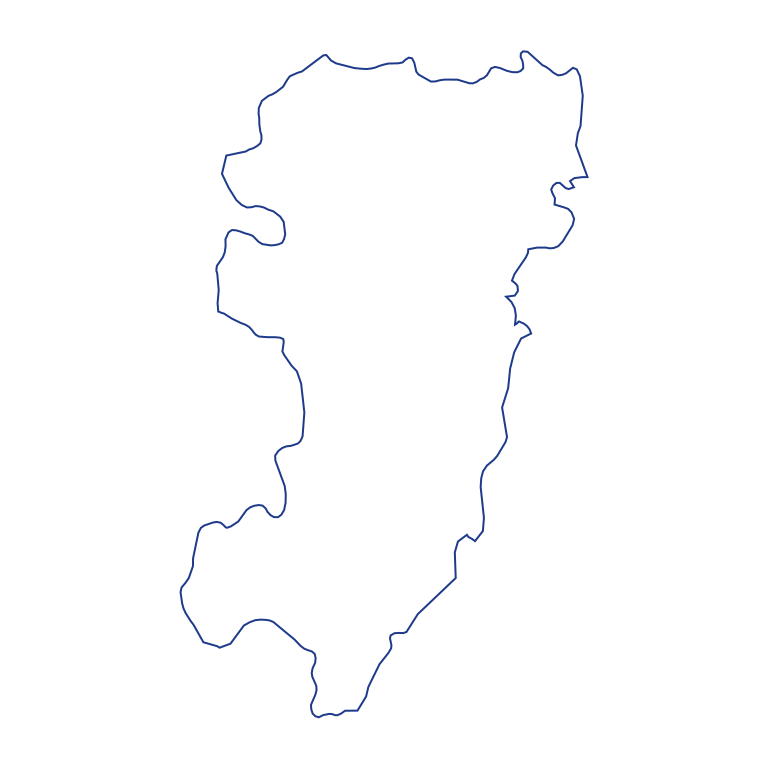 an SVG outline of La Rioja, rotated 88°
{"feature_id": "ESP-5828", "entity_name": "La Rioja", "entity_type": "Autonomous Community", "adm_level": 1, "iso_a3": "ESP", "parent_name": "Spain", "parent_adm1": "", "projection": "natural_earth1", "projection_center": [-2.502, 42.281], "detail": "fine", "context": "isolated", "style": "outline", "palette": "blue", "viewbox_px": 768, "rotation_deg": 88, "n_neighbors": 0, "source": "natural_earth", "source_scale": "10m", "svg_char_len": 3869}
<svg xmlns="http://www.w3.org/2000/svg" viewBox="0 0 768 768"><g transform="rotate(88 384 384)"><path d="M382.6,258.7L392.6,260.1L411.6,266.8L441.4,262.9L446.3,264.6L459.7,273.3L463.6,276.9L469.1,284.0L474.8,288.1L481.5,290.1L490.4,291.0L521.3,288.8L534.4,290.3L544.2,298.5L541.9,301.4L539.8,305.0L537.6,306.4L544.0,315.6L554.7,319.1L580.4,319.1L615.2,358.3L632.6,370.2L633.6,373.4L633.3,377.7L633.4,382.2L635.5,386.1L638.3,386.9L645.4,385.7L648.4,386.1L652.7,388.8L663.9,398.3L686.2,410.2L695.7,412.8L709.5,421.9L709.2,434.3L712.0,438.6L713.4,442.3L713.2,444.6L712.7,445.9L712.0,447.6L711.8,450.4L712.8,456.4L714.8,460.7L713.7,464.1L710.9,466.8L706.8,468.0L702.2,468.2L692.2,463.5L687.7,462.1L683.3,462.2L674.0,465.9L670.1,466.3L665.7,465.3L660.1,462.5L655.4,461.9L651.3,462.7L648.7,465.5L647.4,469.2L645.7,473.0L642.9,476.4L636.2,482.4L617.9,503.0L616.2,506.9L615.5,511.2L615.2,515.6L615.5,520.7L617.4,526.5L620.5,532.5L638.2,546.5L641.8,557.6L640.2,559.9L635.8,573.5L617.9,582.8L614.1,585.5L605.9,590.3L601.3,592.2L596.1,593.4L585.0,594.6L580.3,593.4L575.6,589.2L571.0,585.8L559.4,581.3L551.6,580.9L526.2,574.7L521.5,572.1L519.1,568.5L516.5,559.9L516.0,556.0L516.9,552.2L519.1,549.6L520.9,547.9L521.8,547.2L522.1,546.4L522.0,545.0L520.9,541.9L516.3,534.4L505.2,525.8L502.6,522.1L501.1,517.7L500.6,513.4L501.3,509.6L504.1,506.7L507.7,504.9L511.1,502.0L513.2,498.6L513.4,494.5L511.0,491.1L506.4,488.2L499.2,486.5L490.8,486.0L482.5,486.8L456.8,495.2L451.8,495.3L447.3,492.0L444.4,488.0L442.9,483.7L442.6,479.5L441.5,475.4L440.3,471.8L437.8,469.3L433.4,467.2L409.7,464.6L380.7,466.8L368.3,470.6L362.5,475.7L352.0,482.5L347.9,484.4L338.3,482.7L335.6,483.1L334.1,486.2L333.5,490.3L333.1,499.3L332.2,507.3L330.3,510.4L327.9,512.4L325.4,514.1L322.4,516.7L320.0,520.2L318.1,524.8L313.2,534.0L308.1,541.3L307.0,544.4L306.1,546.2L305.8,547.1L297.5,547.5L284.3,545.9L267.6,546.8L265.4,547.5L263.7,547.5L260.1,546.9L251.5,540.5L246.6,538.5L240.8,537.5L233.8,537.4L227.1,534.1L224.8,530.5L225.3,526.3L226.7,522.0L228.5,517.8L229.8,513.6L231.4,510.0L237.5,504.4L239.9,500.8L241.5,492.6L241.4,488.4L240.7,484.4L239.3,480.9L235.6,478.8L230.9,477.5L218.5,478.6L213.1,481.9L207.6,488.5L205.8,493.4L203.4,497.9L202.2,502.0L201.7,506.1L202.7,510.2L202.8,514.7L200.3,519.7L195.1,525.1L182.5,532.4L168.3,538.6L150.2,533.6L146.8,514.0L144.9,510.5L143.8,506.4L141.7,502.5L139.2,499.2L135.5,497.9L131.3,497.8L127.2,498.8L120.4,499.5L113.5,499.4L109.9,499.9L103.8,499.5L96.7,496.1L92.0,489.4L90.5,485.3L88.4,481.4L83.4,474.5L76.3,469.9L73.1,467.3L70.0,459.6L68.8,455.1L53.5,433.2L53.2,430.2L58.9,425.6L61.9,420.7L67.2,402.6L68.1,396.0L68.6,390.5L68.3,386.2L67.5,381.9L66.0,377.7L64.8,373.2L63.9,368.5L64.0,358.5L63.3,354.2L60.6,351.2L58.7,347.8L59.5,344.6L64.1,342.5L73.0,340.8L76.0,338.6L83.4,326.5L83.4,321.9L82.4,317.7L81.9,312.9L82.4,300.0L86.4,288.2L86.6,284.7L85.3,280.8L82.9,277.3L81.6,273.6L79.1,270.4L72.2,265.9L71.0,262.0L72.2,257.2L75.4,250.0L76.8,244.8L77.1,240.1L76.0,236.6L73.5,233.9L69.9,233.8L65.8,234.4L62.1,236.0L58.4,235.7L56.4,233.4L57.0,228.9L70.9,214.5L72.8,210.9L75.6,207.3L78.7,204.0L81.6,199.3L81.3,195.2L79.8,191.2L74.6,184.1L76.3,180.4L83.3,177.4L102.9,175.3L133.1,178.6L140.1,181.5L152.3,183.8L184.3,173.4L184.2,179.0L184.9,186.6L187.7,191.0L194.0,187.3L195.6,192.6L194.6,195.6L189.1,201.3L189.1,204.7L191.7,208.1L195.4,210.1L198.7,209.2L204.4,206.6L210.6,207.3L213.7,198.1L215.4,193.9L219.0,190.6L225.6,188.2L231.8,189.9L247.7,200.3L252.4,205.1L254.0,209.6L254.2,213.7L253.3,217.6L253.0,226.0L254.4,235.1L258.1,235.6L262.4,237.8L278.6,249.7L285.2,252.5L288.2,249.0L290.6,247.2L295.7,246.9L300.2,250.1L301.0,258.9L306.6,253.7L312.8,250.7L320.3,249.8L329.3,251.0L328.3,249.3L327.8,248.7L327.2,248.2L326.2,247.0L328.4,242.4L331.1,239.0L334.5,236.6L338.7,235.2L343.3,245.4L356.9,252.8L373.0,257.4L382.6,258.7Z" fill="none" stroke="#1e3a8a" stroke-width="2"/></g></svg>